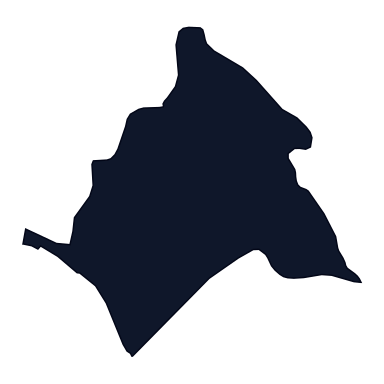 an SVG outline of Lanao del Sur
{"feature_id": "PHL-2574", "entity_name": "Lanao del Sur", "entity_type": "Province", "adm_level": 1, "iso_a3": "PHL", "parent_name": "Philippines", "parent_adm1": "", "projection": "natural_earth1", "projection_center": [124.383, 7.829], "detail": "fine", "context": "isolated", "style": "filled", "palette": "ink", "viewbox_px": 384, "rotation_deg": 0, "n_neighbors": 0, "source": "natural_earth", "source_scale": "10m", "svg_char_len": 1379}
<svg xmlns="http://www.w3.org/2000/svg" viewBox="0 0 384 384"><path d="M132.1,356.6L130.5,353.3L127.1,351.1L123.2,344.4L106.3,303.0L95.6,285.8L79.8,273.0L77.1,272.7L57.8,256.3L40.6,245.9L37.9,249.0L31.7,245.7L23.4,244.0L23.0,244.0L25.7,229.1L56.4,243.5L69.9,244.7L70.0,244.7L73.0,231.4L74.5,217.6L89.8,196.4L93.2,185.5L92.0,164.4L93.3,161.0L93.4,160.9L107.0,160.1L110.9,158.8L115.0,154.7L118.0,149.1L125.7,126.5L127.3,119.3L130.4,114.2L138.8,109.4L143.7,108.1L159.3,107.6L163.1,107.0L163.5,105.8L163.1,103.9L164.5,101.2L167.5,97.9L175.5,86.6L178.6,75.1L176.1,44.9L179.1,31.8L179.6,31.4L183.1,28.5L183.2,28.4L188.7,27.4L200.2,27.9L202.7,29.8L204.0,34.5L205.1,39.8L206.5,43.8L213.9,51.0L242.7,68.0L256.3,80.5L282.1,109.5L297.0,118.0L306.2,127.1L310.1,132.3L311.9,137.7L310.4,147.0L305.7,149.2L299.7,148.3L294.5,148.4L291.6,150.7L288.1,153.5L288.1,158.4L294.7,169.5L295.4,172.8L295.6,176.9L296.2,181.0L297.7,184.9L300.2,187.4L306.0,189.6L308.2,191.1L323.9,213.8L335.6,236.6L337.6,248.1L338.6,251.0L342.9,258.1L344.9,262.6L345.6,265.6L347.2,268.3L354.7,273.8L357.3,276.2L359.3,278.9L361.0,282.3L360.8,282.3L353.9,281.6L331.7,275.2L321.7,274.5L303.7,277.5L293.8,278.1L287.7,277.7L283.6,276.6L279.9,274.3L275.1,270.1L271.6,265.8L267.8,257.7L265.7,254.4L259.0,249.3L253.2,249.5L238.2,258.0L209.1,278.3L132.1,356.5L132.1,356.6Z" fill="#0f172a" stroke="#020617" stroke-width="1.5"/></svg>